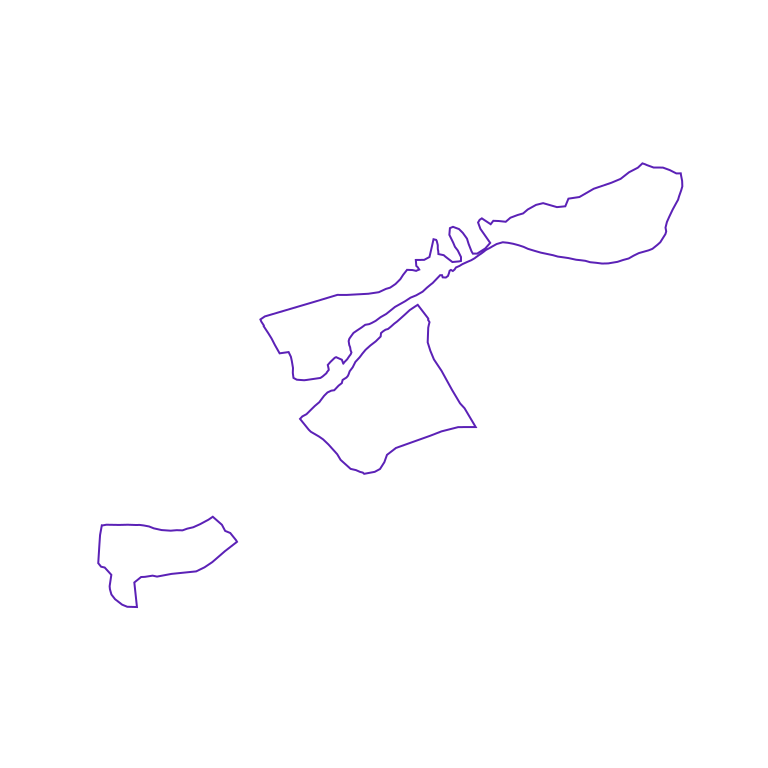 Luxor, Qina, Egypt (Robinson projection), rotated 196°
{"feature_id": "37247803B46466496002040", "entity_name": "Luxor", "entity_type": "district", "adm_level": 2, "iso_a3": "EGY", "parent_name": "Egypt", "parent_adm1": "Qina", "projection": "robinson", "projection_center": [32.598, 25.683], "detail": "fine", "context": "isolated", "style": "outline", "palette": "violet", "viewbox_px": 768, "rotation_deg": 196, "n_neighbors": 0, "source": "geoboundaries", "source_scale": "gbopen_adm2", "svg_char_len": 4630}
<svg xmlns="http://www.w3.org/2000/svg" viewBox="0 0 768 768"><g transform="rotate(196 384 384)"><path d="M196.4,667.3L196.5,667.1L199.6,661.9L206.8,655.1L213.1,646.4L220.8,640.2L236.2,629.5L247.7,617.6L257.8,613.0L258.7,604.8L266.5,601.7L273.2,601.7L280.9,601.7L287.2,598.1L293.9,591.4L297.3,586.3L302.1,583.3L308.3,578.7L311.7,573.5L318.6,572.3L323.9,571.0L325.1,568.0L325.5,567.0L333.5,569.5L335.6,570.2L337.3,568.2L338.1,565.2L334.1,559.7L320.8,548.9L323.5,543.3L324.1,542.1L324.9,541.2L330.4,535.0L331.6,534.7L332.2,534.5L334.5,533.8L336.4,535.6L341.3,542.0L344.3,546.6L349.9,551.0L354.6,553.6L358.6,553.9L361.0,554.1L363.6,552.0L362.3,545.4L356.5,539.0L353.6,535.4L349.9,532.7L345.0,527.3L343.9,523.5L345.7,522.5L350.1,520.8L351.9,520.1L360.2,523.4L362.1,524.3L367.5,523.9L368.5,526.7L369.5,528.6L370.6,532.3L372.7,536.0L373.6,536.9L376.3,536.8L375.9,530.1L375.3,518.6L379.6,514.4L387.6,512.0L385.5,506.4L383.7,505.5L381.7,503.7L383.4,502.4L384.3,501.6L388.0,501.4L393.3,500.1L395.7,494.2L397.2,489.3L400.5,483.3L403.9,479.2L404.8,478.2L408.3,476.0L414.3,470.8L424.0,466.4L444.5,459.3L453.4,456.8L474.7,443.1L517.2,416.1L520.6,412.0L519.2,410.2L515.6,407.1L515.6,406.4L512.0,403.3L509.2,400.9L505.0,397.1L504.2,396.3L501.3,393.2L499.9,391.7L499.2,391.0L492.8,384.7L484.5,388.4L481.0,384.5L479.0,380.8L475.9,374.3L474.7,369.5L472.7,364.9L469.0,364.1L461.8,365.6L459.2,366.7L446.8,372.3L445.1,374.3L442.3,378.5L442.2,379.4L441.0,382.3L441.4,383.3L442.3,385.0L443.3,386.8L441.6,390.4L439.7,393.7L438.6,395.6L437.4,396.6L435.5,396.3L431.2,395.7L428.8,392.4L428.7,392.4L428.2,393.9L426.2,397.6L426.1,397.8L426.1,398.0L425.0,401.3L424.2,403.3L424.0,405.4L425.4,407.2L426.7,410.0L428.0,411.7L428.1,411.8L429.8,415.5L429.8,418.0L428.6,421.5L427.4,424.7L424.6,428.1L421.1,432.2L418.4,435.7L414.7,437.5L412.6,439.3L409.5,442.3L405.7,447.3L401.2,451.9L397.8,456.7L394.7,461.1L386.6,469.3L382.3,474.3L377.5,478.1L372.3,483.4L369.3,488.4L366.3,492.8L365.1,494.4L361.3,501.6L360.0,504.1L358.2,504.6L357.0,502.7L356.9,502.7L353.9,503.4L352.3,505.5L352.1,508.2L352.1,511.0L351.1,512.1L349.0,511.6L347.7,513.5L347.0,515.8L344.0,518.3L341.7,520.8L337.5,524.4L334.3,527.0L331.5,529.9L330.1,531.8L329.4,532.6L328.7,533.6L326.8,535.8L324.7,538.5L323.2,540.7L321.7,542.2L320.8,543.0L319.8,544.0L319.0,544.8L318.0,545.9L316.3,547.6L314.3,549.6L308.9,553.0L303.8,553.9L298.5,554.4L292.7,554.5L287.6,554.3L282.9,553.6L275.7,553.5L269.6,553.5L269.4,553.5L256.9,554.4L252.1,554.4L245.8,555.3L241.3,555.9L233.6,556.4L229.1,557.2L224.5,557.9L224.4,557.9L219.5,557.9L219.4,557.9L213.4,559.0L207.5,559.9L204.4,560.9L201.8,561.7L193.2,565.8L188.2,569.2L183.4,572.1L179.4,576.2L175.3,579.9L174.9,580.2L166.5,585.4L163.5,587.7L163.3,587.9L163.1,588.1L159.5,593.2L157.5,596.4L154.8,605.7L154.8,608.5L156.5,611.9L156.7,617.7L155.9,623.4L154.6,631.2L152.9,638.8L152.1,642.2L152.1,645.6L151.7,652.3L151.7,656.2L153.4,661.4L156.2,666.9L156.8,668.3L161.0,667.0L168.3,668.4L175.6,668.9L184.5,666.4L191.7,666.9L193.7,667.2L196.4,667.3ZM373.4,469.4L375.1,467.5L379.6,462.2L383.0,456.6L386.4,451.2L388.7,447.6L390.8,444.8L393.2,441.0L395.3,438.0L397.5,436.6L399.4,434.4L400.9,432.1L400.3,428.7L403.7,422.7L407.7,417.3L411.1,411.9L413.3,406.9L413.6,406.0L414.8,402.9L417.6,397.3L418.7,391.4L420.5,386.8L420.7,383.4L421.0,381.7L421.9,379.8L424.9,376.5L424.8,373.2L427.2,369.9L430.1,364.3L432.8,363.1L436.0,360.3L438.3,356.2L440.2,351.3L440.8,349.7L441.1,348.8L444.4,343.9L446.9,339.5L450.2,333.6L453.6,330.3L455.1,327.3L443.7,319.3L441.1,317.9L432.0,315.6L427.3,314.0L420.8,310.6L409.6,303.6L404.8,299.1L392.7,293.2L387.3,293.5L382.7,292.9L380.0,293.0L378.3,292.2L368.7,297.0L364.4,301.2L362.1,309.0L361.9,312.3L361.6,316.7L354.9,325.8L343.3,334.1L340.1,336.4L325.3,347.0L315.7,354.3L300.8,363.0L284.0,367.9L299.9,382.9L305.5,386.3L317.0,397.1L332.3,412.5L342.8,421.4L348.6,428.7L353.5,436.1L357.0,450.3L357.2,453.1L357.3,456.0L359.3,457.8L359.3,458.8L360.0,459.5L373.4,469.4ZM512.0,209.2L514.8,205.8L515.5,205.0L517.6,203.0L518.4,202.2L522.1,198.6L527.9,193.7L533.3,190.7L537.3,187.8L543.1,186.3L548.6,184.2L557.5,182.3L565.5,181.8L570.5,182.3L576.0,181.8L579.9,181.2L583.9,180.0L591.5,178.1L599.8,175.5L612.1,172.2L615.3,170.6L616.3,170.4L615.3,160.5L613.2,150.7L609.3,133.0L605.6,130.4L601.9,130.6L593.5,125.4L592.0,114.0L590.9,111.2L588.0,106.5L583.2,103.0L574.9,99.7L569.4,99.1L560.0,101.5L569.3,124.4L564.3,131.5L560.7,132.7L553.6,136.0L549.1,136.3L535.9,142.9L524.4,147.5L512.9,152.1L506.0,158.3L500.0,165.4L490.8,179.5L481.8,191.8L483.2,193.1L486.9,195.7L490.7,198.4L496.2,199.0L501.0,204.0L512.0,209.2Z" fill="none" stroke="#5b21b6" stroke-width="2"/></g></svg>